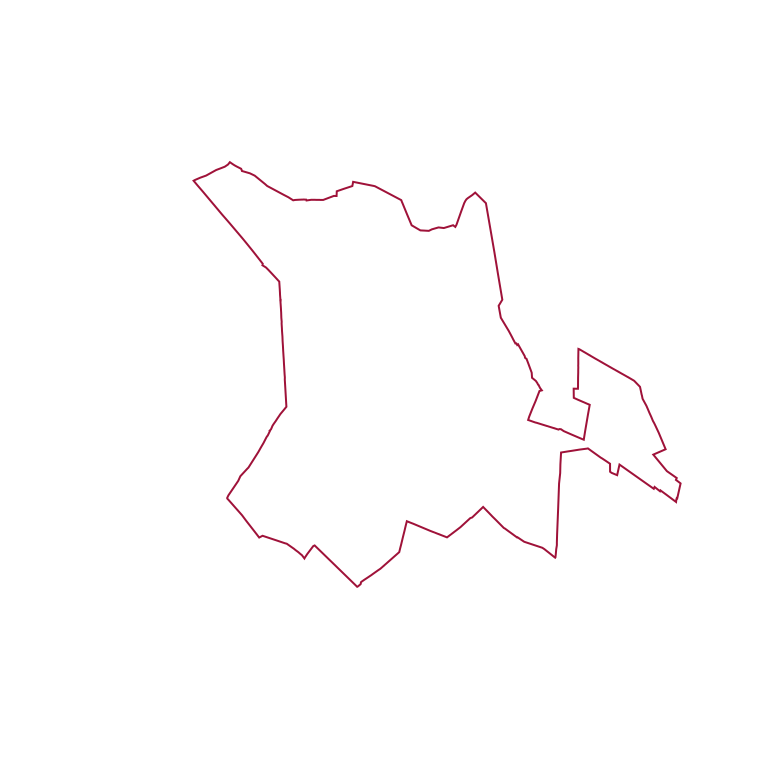 Talsi, Talsi, Latvia (Robinson projection), rotated 230°
{"feature_id": "27541924B77419719767083", "entity_name": "Talsi", "entity_type": "district", "adm_level": 2, "iso_a3": "LVA", "parent_name": "Latvia", "parent_adm1": "Talsi", "projection": "robinson", "projection_center": [22.584, 57.246], "detail": "fine", "context": "isolated", "style": "outline", "palette": "rose", "viewbox_px": 768, "rotation_deg": 230, "n_neighbors": 0, "source": "geoboundaries", "source_scale": "gbopen_adm2", "svg_char_len": 4354}
<svg xmlns="http://www.w3.org/2000/svg" viewBox="0 0 768 768"><g transform="rotate(230 384 384)"><path d="M346.6,189.7L345.8,193.4L332.5,201.6L325.6,205.8L324.5,206.6L324.0,206.9L322.4,207.3L316.4,208.9L316.2,209.0L313.5,209.5L310.2,210.3L307.6,210.7L305.6,211.1L301.5,210.9L301.9,211.9L303.1,216.0L305.3,225.6L304.9,227.1L249.0,232.8L245.9,233.1L245.7,234.0L245.7,237.3L245.8,237.6L246.1,238.0L246.4,238.3L246.7,238.6L246.9,238.9L247.0,239.3L246.9,240.7L246.8,241.7L246.7,242.9L246.3,246.3L245.9,250.1L245.7,251.8L245.7,252.3L245.4,256.1L245.1,259.7L244.8,262.5L245.4,287.6L247.7,290.7L249.9,293.8L254.2,299.6L258.4,305.4L259.0,306.2L259.6,307.0L261.9,310.1L264.2,313.3L259.9,315.6L258.3,316.5L241.8,325.0L226.0,333.7L225.4,345.5L225.2,350.6L225.8,363.9L225.1,365.7L226.1,380.9L213.9,381.8L213.3,381.8L208.1,382.3L197.2,383.2L196.8,383.2L195.6,383.7L192.7,384.4L182.2,387.0L180.9,387.3L180.9,387.7L179.9,388.0L173.0,390.0L156.8,400.0L154.5,400.7L151.5,401.3L148.7,401.9L142.2,403.2L140.9,403.5L141.0,403.9L143.5,406.5L146.8,409.8L149.2,412.6L150.2,413.5L151.3,414.4L157.6,420.0L176.6,437.3L195.3,454.2L202.5,461.7L208.3,466.8L209.2,467.6L217.7,475.6L214.0,481.8L212.4,484.4L208.2,491.4L207.5,492.5L203.8,498.3L203.6,498.8L188.3,502.7L186.9,503.2L183.2,504.3L177.6,505.9L171.5,500.8L169.7,501.2L164.3,504.0L170.9,512.6L130.3,523.3L131.2,525.1L124.4,526.5L124.8,527.4L117.4,529.2L114.0,530.0L105.9,531.9L107.7,533.8L108.4,534.9L107.9,535.1L109.1,536.7L117.2,547.3L117.7,547.2L122.9,546.0L123.8,547.8L135.4,544.7L156.8,544.9L153.0,557.8L170.0,563.1L177.9,565.2L180.3,565.8L182.9,566.3L187.0,567.6L191.7,568.9L192.3,569.1L194.9,569.9L198.6,571.0L206.5,572.6L209.6,574.3L210.2,574.5L213.7,576.4L217.3,578.3L225.7,577.7L230.5,576.0L249.7,568.8L267.9,562.1L285.0,556.0L285.9,555.5L278.9,549.4L275.4,546.5L274.2,545.5L273.6,544.9L271.7,543.4L269.9,541.8L268.1,540.3L264.5,537.1L261.0,534.1L257.1,530.8L255.7,529.5L258.5,526.3L255.2,523.6L251.4,520.5L247.4,522.4L235.8,528.2L229.9,521.1L218.7,507.9L212.9,501.2L216.6,499.3L225.1,495.0L232.4,491.4L235.6,490.5L236.8,489.3L236.9,488.4L247.6,481.5L247.9,481.3L256.3,475.9L257.2,475.2L263.8,471.3L265.7,474.3L269.8,481.9L273.4,489.0L278.7,498.6L277.7,500.8L280.7,501.0L284.0,501.8L284.5,501.6L285.9,502.0L288.7,502.3L293.6,501.4L297.7,504.4L306.6,507.6L311.8,509.4L312.9,508.9L313.8,509.1L314.8,509.7L328.2,512.2L328.2,511.1L330.1,511.5L330.4,511.2L330.6,510.7L335.4,511.7L337.0,512.1L342.6,513.3L343.2,513.4L344.0,513.6L359.7,516.1L370.2,522.1L372.5,528.8L394.3,541.6L414.2,553.4L445.3,571.5L457.0,578.3L472.0,576.9L472.0,573.0L472.5,567.7L472.5,565.9L472.0,564.1L471.0,561.7L469.1,558.4L466.5,553.9L459.4,541.9L458.5,539.6L459.8,539.3L461.2,539.0L465.0,530.1L468.8,526.5L468.9,526.4L471.7,520.1L472.5,516.8L478.3,510.6L483.0,508.9L487.8,507.2L499.4,510.8L511.0,514.5L512.1,514.8L513.1,515.2L513.8,515.4L541.3,504.2L542.4,503.4L543.5,502.5L551.1,496.4L558.7,490.3L556.0,487.0L559.4,478.5L562.0,471.7L559.9,469.8L558.5,468.5L560.3,466.5L561.4,463.4L564.1,455.7L571.8,446.8L574.4,442.6L575.2,442.9L576.8,441.2L579.6,437.6L582.2,434.1L583.1,432.5L588.5,430.8L593.3,428.8L610.8,421.8L613.6,421.4L626.7,418.9L631.6,416.7L638.5,412.1L639.1,412.4L640.7,412.9L645.4,410.9L647.5,410.1L649.4,409.5L653.0,408.5L652.4,405.6L652.8,401.7L654.5,396.7L655.8,393.0L658.0,381.7L660.1,376.0L661.8,370.3L662.1,368.8L658.4,368.8L656.0,368.8L647.8,368.9L618.0,368.9L606.8,369.1L585.6,369.2L577.9,369.1L568.5,368.9L554.1,368.4L553.4,368.4L553.6,368.3L553.1,367.2L549.1,368.5L545.5,368.8L537.9,369.2L531.3,369.5L529.8,369.6L523.5,365.0L520.7,362.9L519.3,361.8L515.4,359.0L515.1,358.7L514.9,358.9L514.2,358.3L514.1,358.2L514.3,358.1L511.4,356.0L507.7,353.3L506.8,352.6L504.9,351.2L500.7,347.9L497.4,345.6L496.1,344.4L492.3,341.6L490.1,339.9L485.5,336.6L481.9,333.8L478.2,331.1L474.5,328.3L470.7,325.5L467.0,322.8L463.3,320.0L462.2,319.2L459.5,317.2L455.2,314.0L452.8,312.3L451.1,310.8L446.1,307.1L432.8,297.2L429.3,294.6L428.8,292.0L428.4,289.9L427.6,285.4L426.0,279.8L425.2,277.2L424.4,274.1L423.7,271.8L422.0,268.5L421.7,266.5L421.4,266.6L419.6,262.6L419.2,261.7L419.1,260.8L418.7,259.6L416.3,253.9L414.4,248.6L413.3,245.7L412.6,243.8L407.1,226.4L407.0,225.0L405.7,214.7L403.5,210.1L398.7,193.2L397.5,190.6L397.0,190.3L395.2,190.4L374.7,190.9L367.9,190.5L353.9,190.0L346.6,189.7Z" fill="none" stroke="#9f1239" stroke-width="2"/></g></svg>